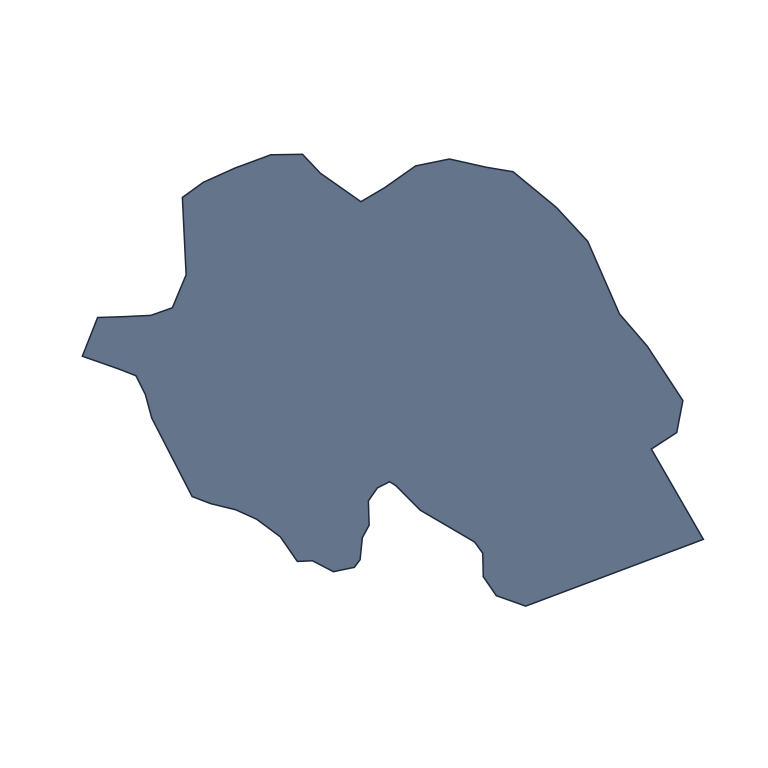 outline of Butembo, Nord-Kivu, Democratic Republic of the Congo, rotated 346°
{"feature_id": "63176286B17770065929195", "entity_name": "Butembo", "entity_type": "district", "adm_level": 2, "iso_a3": "COD", "parent_name": "Democratic Republic of the Congo", "parent_adm1": "Nord-Kivu", "projection": "mercator", "projection_center": [29.271, 0.138], "detail": "fine", "context": "isolated", "style": "filled", "palette": "slate", "viewbox_px": 768, "rotation_deg": 346, "n_neighbors": 0, "source": "geoboundaries", "source_scale": "gbopen_adm2", "svg_char_len": 830}
<svg xmlns="http://www.w3.org/2000/svg" viewBox="0 0 768 768"><g transform="rotate(346 384 384)"><path d="M656.3,612.0L627.7,511.8L656.3,501.9L670.0,472.4L648.6,411.0L629.4,372.9L616.2,294.9L594.0,254.4L560.6,209.3L535.2,198.2L501.9,181.5L467.5,180.0L432.0,193.7L405.7,201.5L373.2,164.0L360.5,141.4L329.6,134.2L291.7,138.4L257.7,144.5L233.5,154.2L218.4,230.2L197.1,258.8L174.3,261.0L147.3,255.6L122.2,250.2L98.0,284.1L130.1,305.2L145.3,316.0L149.9,336.5L150.4,360.9L170.6,446.8L186.9,458.2L209.7,470.2L227.7,484.4L246.4,507.2L257.0,535.2L271.8,538.2L289.5,553.9L310.9,554.7L318.3,548.7L325.8,527.9L335.4,517.4L340.6,493.6L352.5,483.2L365.8,480.2L370.9,485.5L388.7,515.3L431.2,556.8L433.7,559.3L438.8,571.9L438.9,572.0L433.7,595.0L441.8,616.6L467.7,633.8L656.3,612.0Z" fill="#64748b" stroke="#1e293b" stroke-width="1.5"/></g></svg>